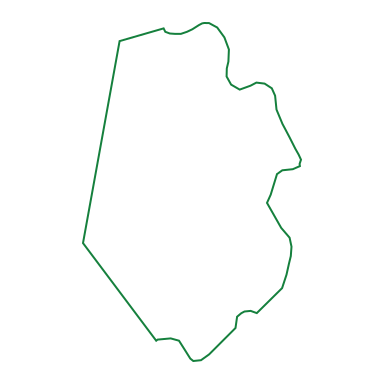 Black Mallet, Castries, Saint Lucia (Albers equal-area conic projection)
{"feature_id": "8701671B81790835951847", "entity_name": "Black Mallet", "entity_type": "district", "adm_level": 2, "iso_a3": "LCA", "parent_name": "Saint Lucia", "parent_adm1": "Castries", "projection": "albers", "projection_center": [-60.988, 14.005], "detail": "fine", "context": "isolated", "style": "outline", "palette": "green", "viewbox_px": 384, "rotation_deg": 0, "n_neighbors": 0, "source": "geoboundaries", "source_scale": "gbopen_adm2", "svg_char_len": 868}
<svg xmlns="http://www.w3.org/2000/svg" viewBox="0 0 384 384"><path d="M204.2,23.0L202.1,23.4L198.9,25.1L192.3,29.3L187.0,31.8L180.8,33.9L175.5,33.9L169.8,33.5L165.3,31.8L163.6,28.4L119.6,41.1L83.0,243.1L156.2,340.7L157.6,339.6L170.7,338.4L179.0,340.7L185.4,350.8L190.3,358.6L193.3,361.0L201.0,360.2L209.1,354.4L235.5,328.0L237.1,316.7L241.3,313.2L244.5,311.5L250.7,310.9L252.6,311.6L256.8,313.1L282.1,288.1L286.5,274.7L289.0,263.5L290.8,256.1L291.5,246.7L289.6,237.7L281.2,227.9L267.0,202.9L270.7,194.7L277.0,174.1L282.3,170.3L292.8,169.2L299.9,166.1L299.6,163.9L301.0,159.7L298.7,154.7L295.3,148.7L289.7,137.6L284.7,128.1L282.5,124.0L276.5,109.6L275.1,95.7L271.8,88.3L264.6,83.6L256.4,82.6L250.5,85.7L239.7,89.6L231.1,84.6L226.6,76.5L226.8,68.4L228.4,61.6L228.9,49.5L224.4,37.4L217.2,27.5L209.1,23.1L204.2,23.0Z" fill="none" stroke="#15803d" stroke-width="2"/></svg>